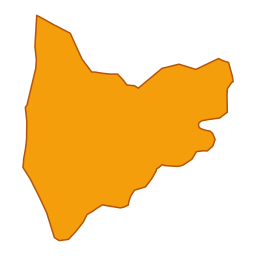 Ghubaish, North Kordufan, Sudan (orthographic projection)
{"feature_id": "16777658B17931705563902", "entity_name": "Ghubaish", "entity_type": "district", "adm_level": 2, "iso_a3": "SDN", "parent_name": "Sudan", "parent_adm1": "North Kordufan", "projection": "orthographic", "projection_center": [27.423, 12.292], "detail": "fine", "context": "isolated", "style": "filled", "palette": "amber", "viewbox_px": 256, "rotation_deg": 0, "n_neighbors": 0, "source": "geoboundaries", "source_scale": "gbopen_adm2", "svg_char_len": 1730}
<svg xmlns="http://www.w3.org/2000/svg" viewBox="0 0 256 256"><path d="M233.1,81.7L232.4,76.5L228.6,62.5L221.9,60.3L218.7,58.5L195.8,69.4L179.0,64.2L162.1,68.3L138.3,88.1L134.4,85.7L126.9,85.0L123.5,80.4L117.6,74.1L110.2,74.1L101.9,73.2L95.3,72.1L91.7,72.0L82.0,59.1L76.0,46.0L70.3,33.3L53.5,24.6L39.5,16.8L37.7,15.9L37.3,15.7L36.9,15.4L36.7,15.4L36.4,21.2L36.4,21.4L36.1,25.9L36.1,26.0L35.8,31.8L35.6,34.4L35.4,37.5L35.4,37.9L35.0,45.7L34.9,46.6L35.1,48.0L35.5,51.7L36.0,56.5L36.4,59.8L35.7,68.6L29.4,94.9L28.6,98.3L27.7,102.1L26.9,105.4L25.4,107.1L25.5,108.2L25.4,108.4L25.7,111.1L25.9,112.5L26.8,121.5L26.8,123.9L26.7,128.2L26.7,129.5L26.6,134.7L26.6,139.2L26.5,139.3L26.2,142.7L25.6,147.7L25.2,150.6L25.1,151.0L25.0,151.5L24.9,151.9L24.2,156.0L23.6,159.3L23.5,159.8L23.5,160.2L23.5,160.5L23.6,161.2L23.1,166.0L23.0,166.3L22.9,167.4L25.9,172.1L28.9,176.8L30.3,179.0L34.6,187.7L35.0,188.5L35.4,189.1L38.9,196.1L42.1,202.9L42.2,203.1L42.6,204.0L44.4,207.9L46.5,212.3L46.8,213.0L47.1,214.1L48.2,217.6L48.6,218.9L51.3,227.6L54.4,237.6L54.6,237.7L59.2,240.6L68.5,239.4L75.5,231.9L83.2,222.2L87.0,214.6L93.2,210.9L96.4,208.6L102.3,204.9L120.3,207.9L123.8,207.1L128.2,205.1L129.2,200.3L130.9,195.7L134.5,190.2L139.5,188.7L145.5,186.8L151.3,179.3L153.4,175.8L155.8,171.5L156.1,170.9L156.4,169.6L156.6,168.9L158.6,167.7L162.1,164.7L165.0,165.6L169.4,165.9L173.6,166.2L176.6,166.4L180.2,166.0L183.6,164.8L186.8,162.6L191.8,159.3L196.5,151.7L202.9,150.8L207.3,150.9L212.8,146.1L215.1,139.4L212.7,133.6L210.0,131.1L204.9,130.1L201.2,128.8L199.2,127.6L198.5,124.9L198.9,122.8L202.0,120.7L208.8,119.5L219.6,118.0L227.3,112.2L227.2,105.8L227.0,95.4L227.4,88.8L231.7,82.4L233.1,81.7Z" fill="#f59e0b" stroke="#b45309" stroke-width="1.5"/></svg>